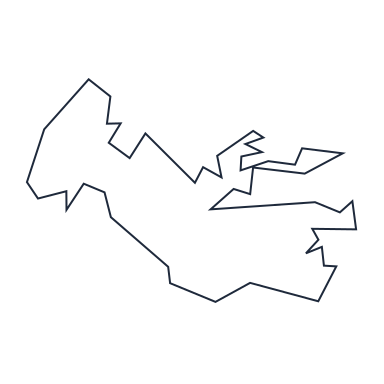 an SVG outline of Mugla, rotated 182°
{"feature_id": "TUR-2278", "entity_name": "Mugla", "entity_type": "Province", "adm_level": 1, "iso_a3": "TUR", "parent_name": "Turkey", "parent_adm1": "", "projection": "mercator", "projection_center": [28.126, 36.936], "detail": "coarse", "context": "isolated", "style": "outline", "palette": "slate", "viewbox_px": 384, "rotation_deg": 182, "n_neighbors": 0, "source": "natural_earth", "source_scale": "10m", "svg_char_len": 749}
<svg xmlns="http://www.w3.org/2000/svg" viewBox="0 0 384 384"><g transform="rotate(182 192 192)"><path d="M299.2,301.0L276.9,284.6L279.4,257.3L265.7,258.1L276.9,238.3L255.5,223.7L240.6,248.9L189.4,201.3L181.8,217.2L163.0,207.6L168.1,229.0L133.0,255.2L122.6,248.9L140.3,241.8L123.5,234.3L143.9,229.2L144.2,215.3L116.9,225.5L90.0,222.9L83.5,239.5L42.7,235.9L80.0,214.3L131.8,218.6L133.8,191.9L150.5,196.5L172.8,175.3L68.7,186.1L43.5,176.8L31.4,188.4L26.7,160.4L70.5,159.4L64.0,148.7L76.0,134.7L60.3,141.7L57.6,123.0L45.2,122.7L62.0,87.2L130.8,103.2L164.7,83.0L210.7,100.1L213.2,116.4L272.2,164.0L279.4,188.6L300.5,196.5L316.8,169.8L317.6,188.4L345.7,180.1L357.3,196.1L341.9,249.5L299.2,301.0Z" fill="none" stroke="#1e293b" stroke-width="2"/></g></svg>